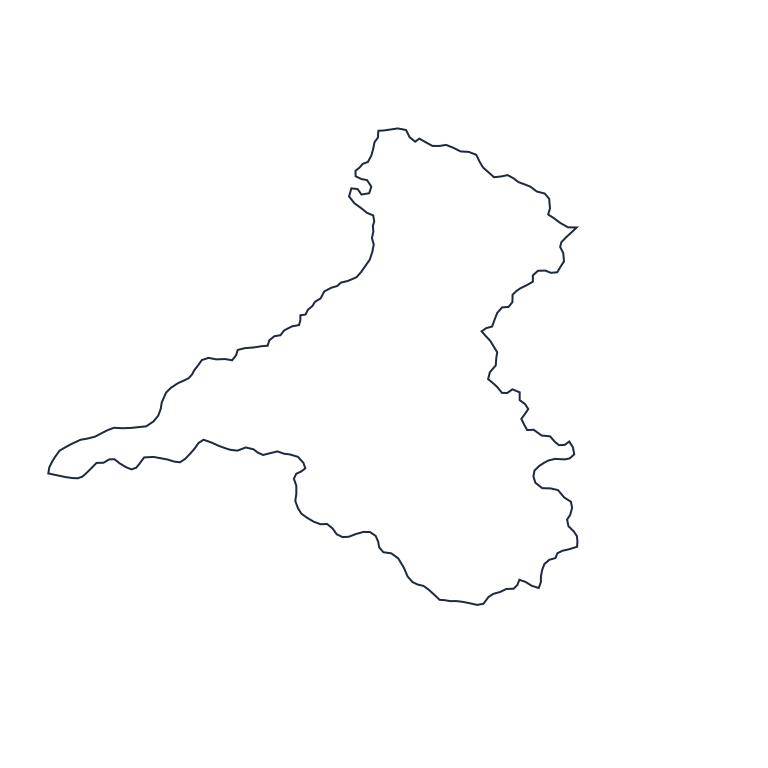 Catuji, Minas Gerais, Brazil, rotated 300°
{"feature_id": "56859067B64745138456461", "entity_name": "Catuji", "entity_type": "district", "adm_level": 2, "iso_a3": "BRA", "parent_name": "Brazil", "parent_adm1": "Minas Gerais", "projection": "natural_earth1", "projection_center": [-41.505, -17.366], "detail": "fine", "context": "isolated", "style": "outline", "palette": "slate", "viewbox_px": 768, "rotation_deg": 300, "n_neighbors": 0, "source": "geoboundaries", "source_scale": "gbopen_adm2", "svg_char_len": 3838}
<svg xmlns="http://www.w3.org/2000/svg" viewBox="0 0 768 768"><g transform="rotate(300 384 384)"><path d="M138.7,138.0L141.7,147.2L144.0,154.3L146.5,160.6L149.2,165.9L153.0,169.1L157.4,170.6L163.4,172.3L171.9,174.5L175.6,180.5L181.4,183.8L184.1,188.2L183.1,194.7L183.0,202.5L183.8,208.0L187.6,211.3L192.7,212.1L200.5,213.0L205.5,220.7L208.1,227.8L210.5,234.7L211.9,241.1L214.2,246.5L219.9,249.3L227.8,251.2L233.6,252.3L240.3,252.9L245.5,255.6L247.0,263.5L247.8,271.7L249.0,278.7L250.2,283.9L253.0,290.4L259.9,296.0L262.2,303.6L261.5,308.9L262.1,314.8L266.9,319.7L272.4,325.5L273.6,332.2L275.9,337.6L277.9,345.8L275.4,353.7L271.6,358.0L267.0,356.1L262.4,352.9L256.9,353.3L252.1,358.9L245.0,363.0L238.3,365.7L233.4,371.6L230.4,377.2L229.7,383.9L229.6,392.0L230.8,399.1L234.3,404.7L233.2,411.7L230.2,418.2L230.7,424.6L234.1,429.9L239.8,434.5L245.6,440.1L248.8,446.0L248.3,452.7L244.6,457.7L240.1,461.6L238.0,467.6L241.0,475.0L240.1,483.5L234.8,493.1L229.1,500.7L226.7,507.8L227.2,513.6L228.9,519.2L228.2,525.7L226.4,533.9L224.9,540.1L227.2,544.8L229.1,550.0L232.1,555.0L234.6,560.8L236.9,567.5L239.3,575.2L243.4,580.0L251.8,581.0L256.9,583.6L261.8,588.4L267.7,592.5L271.5,598.6L276.7,600.0L282.1,599.1L283.4,605.6L283.1,612.7L284.7,620.0L290.9,618.9L295.8,616.1L302.3,613.9L308.3,612.9L314.5,615.1L319.0,619.5L324.1,618.8L328.8,621.9L333.3,626.8L339.6,632.6L344.8,630.0L348.8,627.0L351.2,622.1L353.1,614.8L358.2,610.3L363.7,610.7L370.9,608.8L375.5,604.7L375.8,596.9L379.1,587.7L376.9,580.5L372.9,573.1L374.2,564.4L378.7,559.6L384.3,557.6L390.6,559.4L395.8,562.0L400.0,564.7L404.7,569.6L409.0,578.1L412.4,582.0L418.2,583.9L423.6,579.3L426.8,573.2L421.7,571.0L418.5,566.1L419.4,560.8L421.7,554.0L418.2,546.2L419.2,536.5L415.7,531.0L418.4,526.5L422.4,520.4L428.4,521.0L434.4,521.5L437.1,516.3L437.9,509.5L444.6,505.7L443.6,497.9L437.8,495.2L435.3,490.6L438.1,483.3L439.3,477.7L440.3,471.7L447.1,469.8L456.0,471.5L462.7,468.2L468.1,466.2L470.9,461.0L474.4,454.7L476.6,447.5L478.4,442.2L483.5,444.6L487.8,448.9L495.7,447.5L502.2,446.5L509.4,448.0L513.0,453.3L519.1,454.3L525.6,450.7L530.6,452.1L535.1,454.3L541.1,458.3L547.0,461.8L552.5,458.6L559.0,460.7L562.9,467.0L563.7,472.9L567.4,478.2L573.9,478.2L580.1,478.6L587.0,473.8L590.8,468.0L595.5,466.7L602.7,468.5L609.2,470.6L615.9,472.6L611.7,465.1L611.6,456.2L612.6,447.2L612.9,441.4L619.2,439.9L623.1,437.1L627.0,434.5L629.3,427.9L627.1,420.1L628.1,412.2L627.2,406.1L626.1,399.5L626.9,393.3L626.7,386.6L622.4,381.8L618.1,375.9L619.7,368.1L621.0,361.6L624.4,355.5L628.6,349.3L627.4,341.4L623.7,334.0L623.2,325.5L622.1,318.2L617.9,313.0L614.4,306.9L614.2,298.5L614.2,291.9L609.5,289.9L610.5,282.8L615.0,276.1L612.2,268.1L608.0,262.8L603.4,257.0L600.5,252.5L594.3,255.5L588.6,254.9L581.9,257.2L575.6,258.8L568.2,259.0L564.0,255.5L559.2,254.6L554.3,252.7L549.7,255.6L550.2,262.0L552.1,267.3L548.6,274.3L541.8,275.8L536.8,269.7L539.6,263.7L537.1,257.9L528.9,260.0L525.7,268.2L524.9,276.3L523.7,283.6L524.6,290.4L520.0,294.2L515.4,295.3L510.8,298.5L504.3,300.6L499.7,305.4L492.3,307.9L484.6,309.5L476.4,308.8L469.7,308.2L462.7,306.8L455.2,301.2L450.3,296.0L445.5,294.5L441.1,290.3L434.4,286.0L426.4,286.3L420.6,283.1L415.7,283.0L410.3,281.0L404.9,281.3L401.7,277.2L397.6,279.6L392.6,281.0L387.9,275.5L380.6,270.8L374.4,269.9L370.6,265.2L364.5,262.8L359.0,264.1L355.7,259.3L350.5,252.9L345.5,245.6L340.4,240.3L335.0,241.5L328.6,240.6L326.1,233.8L321.5,226.5L318.9,219.0L313.7,214.3L306.7,213.6L301.0,212.8L296.3,213.0L291.3,211.9L286.8,208.9L281.8,205.2L274.3,201.4L267.7,199.6L262.7,200.1L257.0,200.7L250.8,203.1L243.7,204.3L236.3,203.1L228.4,199.2L223.8,192.8L219.7,187.2L215.1,179.9L211.1,172.1L205.7,167.6L199.8,163.8L193.8,160.0L188.3,154.3L184.1,149.2L176.8,144.0L170.1,139.8L163.9,136.3L156.3,135.6L150.7,135.4L144.5,135.8L138.7,138.0Z" fill="none" stroke="#1e293b" stroke-width="2"/></g></svg>